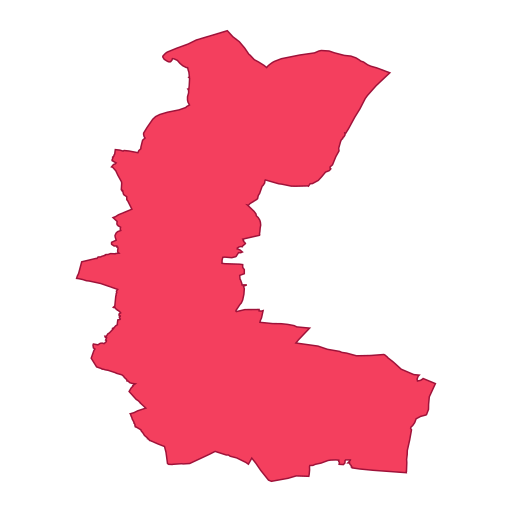 the district of Marnardal nor, Vest-Agder, Norway
{"feature_id": "86288312B41344454307945", "entity_name": "Marnardal nor", "entity_type": "district", "adm_level": 2, "iso_a3": "NOR", "parent_name": "Norway", "parent_adm1": "Vest-Agder", "projection": "robinson", "projection_center": [7.526, 58.305], "detail": "fine", "context": "isolated", "style": "filled", "palette": "rose", "viewbox_px": 512, "rotation_deg": 0, "n_neighbors": 0, "source": "geoboundaries", "source_scale": "gbopen_adm2", "svg_char_len": 6034}
<svg xmlns="http://www.w3.org/2000/svg" viewBox="0 0 512 512"><path d="M167.5,463.5L168.6,464.3L172.2,464.5L172.8,464.3L181.5,463.7L183.3,463.9L189.7,463.5L209.8,454.1L215.1,451.4L226.3,455.0L228.5,455.0L230.1,456.2L236.7,457.9L246.0,462.5L248.4,464.2L251.8,458.1L255.9,463.3L260.9,470.6L268.5,480.1L271.4,481.3L288.0,478.3L296.2,475.9L308.8,476.3L309.2,474.2L309.6,469.9L309.5,466.7L309.8,465.5L312.9,465.4L315.3,464.3L321.0,463.1L328.0,460.5L330.5,460.1L335.9,459.9L338.8,460.2L338.7,461.3L339.4,462.4L339.1,464.3L343.4,464.6L344.9,463.0L345.1,460.5L345.7,459.9L350.4,459.9L350.3,460.4L347.9,462.9L349.6,463.0L349.6,463.5L350.3,464.7L351.2,465.5L351.4,467.1L352.4,467.3L352.3,467.9L360.0,469.0L373.4,470.3L406.3,472.7L406.2,472.0L406.5,471.4L406.3,471.0L406.5,470.6L406.8,462.7L406.6,459.4L407.2,454.4L407.3,450.5L409.6,440.3L411.5,429.8L410.6,428.4L410.9,427.2L412.7,425.5L414.7,422.6L416.1,418.8L420.6,416.4L425.9,415.0L426.5,414.6L428.5,409.4L428.6,404.1L429.3,396.8L435.4,383.6L423.1,378.5L422.3,379.4L421.4,379.6L420.9,380.3L417.5,381.0L417.4,380.2L417.1,379.7L417.1,379.0L418.1,376.3L419.2,375.1L413.8,374.6L401.2,369.2L393.4,362.1L387.9,357.8L387.4,357.1L384.9,355.0L383.8,354.5L370.6,355.5L356.5,355.8L346.6,353.1L341.8,352.4L339.6,351.4L327.4,349.3L318.0,346.1L295.9,343.0L298.5,339.8L309.6,328.1L296.8,326.9L294.1,325.6L287.7,324.4L281.1,323.7L272.7,323.6L259.9,322.3L260.4,320.4L261.5,317.9L263.1,310.6L261.5,311.1L259.1,310.9L259.1,309.5L244.9,309.6L236.4,311.6L235.9,311.1L236.0,310.4L240.0,304.4L241.3,303.0L242.7,299.9L243.9,294.2L244.3,288.7L243.5,286.2L246.8,284.9L242.0,284.9L241.8,283.4L240.5,279.9L240.0,279.1L239.7,275.4L244.3,273.7L244.3,269.6L242.7,267.4L242.7,264.6L239.7,264.2L224.8,263.7L222.0,263.3L222.1,260.0L222.8,257.3L224.8,257.1L231.8,257.7L235.6,256.7L236.1,256.4L238.5,252.7L240.8,252.7L242.4,252.0L239.8,249.8L237.2,248.9L237.5,248.3L237.4,248.0L239.1,246.9L240.5,246.6L242.3,246.7L242.3,246.3L245.4,243.6L244.8,242.5L243.7,241.6L243.2,240.3L243.5,240.1L242.8,239.1L259.5,235.3L259.7,234.3L259.5,233.3L259.8,232.0L260.2,227.8L260.7,225.1L260.4,222.3L259.8,220.2L258.2,217.6L256.3,215.8L256.0,214.0L254.1,211.4L247.4,205.0L248.5,205.2L249.8,203.7L256.8,199.4L257.6,198.6L258.1,196.1L258.7,194.7L259.5,193.7L262.2,186.1L263.0,185.5L264.6,183.1L265.0,180.4L265.3,179.9L278.8,183.8L281.5,184.1L291.2,186.1L295.5,186.2L307.9,185.9L308.4,186.2L310.2,183.7L312.4,183.6L318.3,180.4L321.7,176.7L325.5,172.1L329.1,170.7L330.6,169.2L330.8,168.7L330.0,168.1L330.1,166.9L332.5,164.8L335.8,156.7L339.0,150.9L338.7,148.2L340.5,141.8L341.1,140.2L341.7,139.4L342.6,138.7L343.1,137.3L343.7,137.0L344.8,135.4L345.1,134.2L344.8,132.9L345.8,133.1L348.7,128.4L354.7,117.3L359.9,108.9L365.3,98.4L367.5,95.4L376.2,85.6L389.8,72.8L376.8,67.9L370.8,66.2L367.6,64.8L363.5,62.0L360.6,61.0L359.4,60.0L356.0,57.9L350.9,56.1L344.3,55.4L334.3,52.8L329.1,51.0L321.3,50.5L318.9,51.0L314.5,52.9L299.8,55.0L281.4,58.7L274.4,61.4L272.4,62.5L269.4,64.7L267.4,66.5L266.7,67.6L264.0,65.4L258.6,62.0L254.3,59.7L250.1,55.2L248.9,54.3L244.7,48.1L239.3,41.7L232.9,36.8L227.3,30.7L196.3,40.0L188.2,44.0L176.7,48.2L167.2,52.1L165.5,53.3L163.1,55.8L162.8,56.4L162.9,57.2L164.2,59.3L167.4,61.3L168.6,61.8L170.1,61.9L171.0,61.4L171.2,60.8L172.0,60.1L172.4,58.6L174.2,58.9L177.4,60.4L179.9,63.3L182.7,65.7L186.4,67.6L187.6,67.6L188.3,70.5L188.9,72.2L189.4,76.9L188.7,77.3L189.6,78.2L189.2,86.0L188.8,89.1L187.9,89.1L188.6,90.4L188.6,92.9L187.5,96.8L187.5,100.0L188.0,102.2L189.5,105.0L186.6,106.6L185.8,107.5L179.0,109.9L167.5,112.2L159.8,114.5L155.6,116.6L152.7,119.3L147.1,127.4L143.6,133.1L143.6,134.5L144.1,136.6L145.1,138.0L142.6,140.2L140.9,147.1L140.8,148.8L138.8,150.6L137.9,152.7L129.0,151.0L124.1,150.5L123.1,151.1L119.8,150.1L115.3,149.6L114.7,154.1L114.2,154.7L113.7,156.3L113.1,156.6L113.1,157.1L112.7,157.3L112.9,157.6L112.7,158.3L112.1,159.8L112.5,160.3L112.2,160.7L116.1,162.9L115.0,164.0L113.5,164.5L111.5,166.9L112.7,167.3L115.8,170.8L117.8,175.1L121.5,181.8L121.7,183.3L121.3,189.7L122.4,190.3L122.6,190.6L122.1,190.9L123.1,192.2L123.3,193.7L123.9,194.8L126.7,196.7L126.8,199.8L127.6,200.6L131.9,209.2L118.4,214.8L115.6,216.6L113.0,217.6L117.1,221.4L116.9,223.5L117.1,224.7L118.0,225.4L118.0,225.7L120.6,227.2L120.2,229.1L120.8,230.5L117.7,231.6L116.9,232.3L116.1,233.1L115.0,235.5L115.2,237.1L116.2,240.2L111.6,242.3L111.5,243.9L111.7,244.4L114.1,246.0L116.8,246.0L116.8,247.0L117.6,247.0L118.0,248.2L117.6,250.9L117.8,252.0L119.0,253.2L115.6,253.5L115.3,253.8L110.5,253.6L108.1,254.5L105.6,254.6L104.8,255.2L104.9,255.4L101.8,256.3L100.7,256.9L98.1,257.0L96.9,258.5L96.0,258.4L81.7,261.8L78.6,273.5L77.3,276.1L76.6,278.4L78.9,278.7L83.0,279.6L86.3,280.7L89.1,281.0L100.7,283.5L117.7,289.4L116.4,291.2L116.8,292.8L116.3,293.3L116.1,294.3L116.2,295.3L115.8,295.9L114.8,306.0L113.3,307.3L114.1,307.7L115.0,307.5L115.9,308.9L117.0,309.6L117.3,310.2L118.3,310.5L120.5,312.5L120.7,312.9L119.2,313.8L119.0,314.3L119.1,315.4L120.3,315.9L120.3,316.3L119.3,317.0L119.4,317.5L120.3,319.0L120.1,319.4L117.8,319.9L117.3,323.6L117.4,324.7L115.7,325.8L113.9,327.8L112.5,328.4L112.5,328.9L113.1,329.0L109.4,332.9L107.8,333.9L106.4,336.2L104.9,336.2L105.3,337.3L106.6,337.8L105.6,340.1L106.4,340.4L106.4,340.8L106.3,341.6L104.1,343.6L102.2,343.1L100.3,343.3L97.9,344.8L93.4,344.0L93.0,345.1L93.4,347.9L94.9,349.0L93.9,350.5L91.2,358.2L96.6,366.9L101.7,368.7L102.1,369.2L103.4,369.2L105.2,369.8L108.1,370.3L115.7,372.8L116.1,373.2L121.8,374.8L123.8,376.4L124.2,377.3L126.7,379.6L127.0,381.0L128.1,381.1L129.8,382.7L132.0,383.4L135.3,383.8L132.8,385.6L133.0,386.1L131.2,387.9L129.1,391.5L136.2,399.4L138.1,400.6L140.2,402.6L140.1,402.8L145.8,408.1L137.7,410.8L134.1,412.6L130.2,413.8L130.6,414.3L131.0,415.8L131.8,417.4L132.2,419.0L134.0,422.3L133.9,423.0L134.7,424.0L135.1,425.0L134.9,425.7L135.4,426.9L135.8,426.8L140.9,429.8L141.1,430.7L143.2,433.3L144.5,435.5L147.3,437.8L147.8,438.4L147.6,438.7L148.4,439.0L149.7,440.5L150.1,440.5L157.6,443.8L164.5,446.5L166.0,452.3L167.5,463.5Z" fill="#f43f5e" stroke="#9f1239" stroke-width="1.5"/></svg>